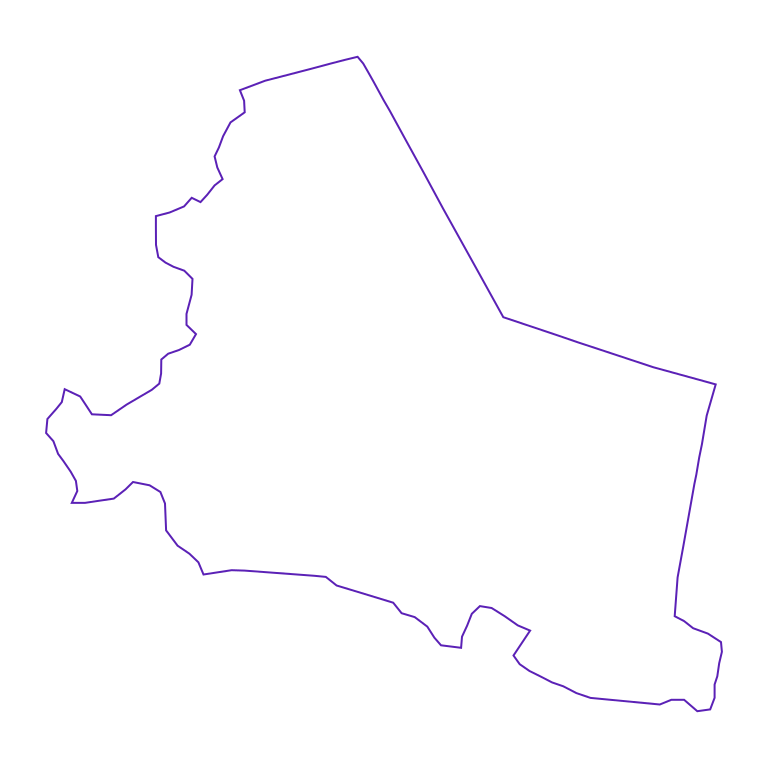 São Gonçalo dos Campos, Bahia, Brazil
{"feature_id": "56859067B25678921595357", "entity_name": "São Gonçalo dos Campos", "entity_type": "district", "adm_level": 2, "iso_a3": "BRA", "parent_name": "Brazil", "parent_adm1": "Bahia", "projection": "orthographic", "projection_center": [-38.961, -12.408], "detail": "fine", "context": "isolated", "style": "outline", "palette": "violet", "viewbox_px": 768, "rotation_deg": 0, "n_neighbors": 0, "source": "geoboundaries", "source_scale": "gbopen_adm2", "svg_char_len": 1756}
<svg xmlns="http://www.w3.org/2000/svg" viewBox="0 0 768 768"><path d="M71.8,502.9L84.8,502.9L97.4,501.0L113.8,498.6L125.5,489.4L133.0,482.0L149.6,485.3L160.4,492.0L165.0,503.5L166.1,530.4L177.6,545.7L189.4,553.7L198.4,562.3L203.5,574.5L231.6,570.2L244.6,570.6L314.5,575.8L325.8,576.9L336.6,585.5L349.2,589.3L393.2,602.7L401.6,613.2L414.7,617.1L427.3,626.6L434.4,637.7L441.0,645.3L450.7,646.5L461.1,647.8L462.0,636.7L467.1,625.7L471.8,613.8L479.9,606.1L491.6,608.0L504.7,616.2L517.8,625.4L530.1,630.6L513.5,655.5L519.7,664.2L529.5,671.0L540.8,676.6L552.0,682.4L563.3,686.3L576.4,693.1L590.5,697.9L659.8,704.5L671.3,699.8L684.1,699.8L697.3,711.2L710.2,709.4L714.6,697.8L714.6,684.5L717.3,676.3L719.2,663.2L721.9,651.8L721.0,642.1L707.9,633.6L693.1,628.2L684.1,621.1L674.7,616.2L677.6,577.4L683.3,546.3L694.4,483.9L696.3,474.7L699.2,457.5L701.9,444.4L706.7,415.6L715.7,384.4L653.2,367.2L599.4,349.4L577.8,342.3L557.7,335.4L503.3,317.2L475.2,266.4L443.2,208.8L423.7,172.7L404.3,137.4L389.9,111.0L383.7,100.3L373.5,81.6L367.8,71.5L363.2,63.5L357.6,56.8L344.8,59.9L330.9,63.5L309.2,69.3L265.2,80.7L239.9,90.2L244.1,100.7L244.7,112.3L230.5,122.4L223.1,136.2L218.9,147.5L214.6,156.4L217.3,167.5L222.6,179.1L214.6,185.4L207.1,194.9L200.5,202.1L191.7,197.8L184.1,206.4L169.6,212.5L155.9,216.1L155.9,227.1L156.0,244.9L158.3,257.2L165.5,262.6L173.5,266.8L184.3,270.7L192.5,278.9L191.6,294.8L186.5,313.9L186.5,324.9L196.0,334.1L189.8,344.7L179.0,350.0L168.2,353.7L161.3,359.5L161.1,373.5L159.3,383.6L151.8,389.8L139.7,396.9L126.6,404.6L111.1,415.2L91.9,414.3L85.3,404.2L80.2,396.5L64.7,389.2L61.8,402.1L56.3,408.9L47.4,419.0L46.1,433.0L53.4,441.2L58.1,453.9L63.3,460.9L70.7,471.7L75.9,480.9L77.3,491.0L71.8,502.9Z" fill="none" stroke="#5b21b6" stroke-width="2"/></svg>